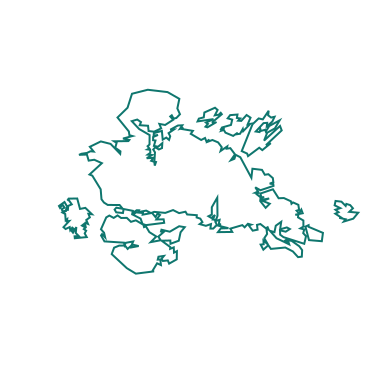 Fjell nor, Hordaland, Norway (Robinson projection), rotated 146°
{"feature_id": "86288312B65460294234921", "entity_name": "Fjell nor", "entity_type": "district", "adm_level": 2, "iso_a3": "NOR", "parent_name": "Norway", "parent_adm1": "Hordaland", "projection": "robinson", "projection_center": [5.057, 60.356], "detail": "fine", "context": "isolated", "style": "outline", "palette": "teal", "viewbox_px": 384, "rotation_deg": 146, "n_neighbors": 0, "source": "geoboundaries", "source_scale": "gbopen_adm2", "svg_char_len": 6096}
<svg xmlns="http://www.w3.org/2000/svg" viewBox="0 0 384 384"><g transform="rotate(146 192 192)"><path d="M267.2,263.8L265.5,261.3L266.2,245.3L271.1,236.6L270.9,232.5L269.1,228.4L259.3,221.7L258.8,216.8L263.5,221.3L266.0,220.7L266.2,217.5L261.0,213.2L258.2,216.1L251.6,209.5L253.3,207.8L248.0,207.8L246.2,206.5L248.0,205.5L240.4,202.2L237.8,197.5L234.5,196.7L225.8,189.6L217.8,187.6L214.5,181.7L208.4,179.3L208.6,176.1L201.0,170.1L202.4,168.3L200.0,165.3L200.2,161.2L203.6,161.1L199.4,156.2L194.2,154.8L197.2,151.4L194.9,149.8L190.0,150.7L188.6,156.3L190.2,157.6L185.8,160.1L190.5,159.7L191.9,162.7L188.2,162.2L184.1,168.3L174.2,173.2L184.2,158.0L188.6,154.7L184.7,153.5L187.7,150.5L186.1,149.0L189.5,149.9L182.0,141.6L188.5,145.7L192.9,144.2L181.0,136.4L180.7,140.2L168.8,136.4L168.1,133.3L163.4,134.4L161.3,131.9L163.6,132.5L163.3,126.0L158.7,124.1L156.5,128.4L153.2,127.2L151.1,120.7L149.0,120.5L149.5,118.0L151.3,119.0L153.2,115.2L157.9,113.3L158.4,106.0L159.9,111.8L161.8,108.6L164.5,110.0L165.1,104.3L158.5,105.2L158.4,100.7L145.7,93.8L141.6,86.3L140.5,78.7L137.1,77.0L133.2,82.2L133.4,87.0L136.7,95.8L139.5,98.3L140.7,94.2L143.4,98.9L141.0,97.2L140.4,99.7L143.8,99.6L147.8,106.4L149.1,116.3L146.1,112.6L141.4,117.2L134.7,117.4L139.8,111.8L133.2,109.6L131.6,106.6L136.5,106.7L140.5,111.0L142.8,107.3L141.4,103.4L127.9,86.3L122.2,91.6L122.8,95.7L119.9,98.2L122.5,101.2L119.0,101.0L115.6,106.1L118.3,111.7L116.6,113.7L119.1,115.4L112.1,112.5L111.2,116.3L115.2,114.4L115.7,118.0L113.2,117.3L111.0,121.9L114.1,126.9L116.1,126.6L115.2,129.0L119.2,135.6L123.7,138.4L123.4,149.0L136.2,152.5L137.4,148.8L135.0,147.4L137.7,148.3L138.1,146.3L131.6,143.5L138.4,145.1L134.1,138.8L139.8,137.7L140.5,146.4L138.1,149.2L139.6,153.9L137.9,154.1L140.1,156.0L137.0,155.5L136.9,160.5L134.3,155.2L121.0,151.5L120.2,153.1L122.9,155.5L119.1,154.6L117.2,158.3L118.7,164.0L122.0,165.6L121.6,171.2L128.9,177.5L134.8,170.6L132.5,193.8L135.0,198.4L138.3,195.8L142.1,196.6L135.3,199.2L135.7,206.9L139.0,208.5L137.3,210.1L145.4,210.0L142.3,212.5L142.6,218.5L146.0,223.7L150.6,224.8L148.3,225.8L151.8,225.7L151.0,229.5L155.3,230.0L160.5,240.9L157.1,242.2L165.2,249.9L163.2,250.1L166.7,251.1L162.7,252.7L166.5,255.0L175.2,255.8L172.1,253.9L178.5,253.9L178.9,250.4L181.9,248.0L182.9,251.5L187.0,251.8L182.8,259.5L190.7,262.1L192.3,260.2L188.3,258.3L193.5,259.3L195.3,256.7L193.5,255.1L197.8,251.5L194.8,248.5L189.3,249.1L192.3,245.2L195.7,245.8L197.4,249.6L200.4,248.9L200.5,245.6L206.3,238.1L205.1,237.0L208.1,234.7L206.4,238.1L208.4,240.7L204.8,241.9L210.7,245.3L204.6,245.1L207.8,247.7L204.6,247.8L203.1,250.4L205.1,252.2L203.0,252.0L203.2,254.8L200.7,255.1L195.3,262.9L200.6,273.8L202.3,284.4L196.9,282.7L195.2,278.5L198.0,276.6L191.4,271.5L193.9,266.8L189.7,263.2L182.0,262.0L181.0,266.7L176.8,262.6L167.2,262.4L167.8,266.8L165.9,266.9L166.2,263.2L163.6,262.1L158.5,263.2L157.4,269.5L150.4,276.3L156.4,288.5L171.5,301.5L186.8,307.0L198.3,297.9L212.1,295.4L210.5,277.5L212.1,274.1L210.1,271.7L219.3,274.9L214.9,270.2L216.3,269.8L228.2,277.6L227.0,274.9L230.9,271.6L228.6,265.7L230.2,263.8L232.6,277.4L239.3,284.9L251.4,286.6L250.9,280.5L253.5,282.6L257.2,283.1L262.2,285.5L264.9,286.0L258.2,281.8L260.1,275.8L255.0,273.4L250.6,266.3L267.2,263.8ZM251.0,145.4L242.3,144.7L237.6,151.4L240.8,151.8L238.1,156.3L241.9,157.1L240.8,158.4L244.4,168.6L237.1,163.9L238.8,161.1L230.2,159.0L224.0,165.0L217.7,166.9L221.8,170.8L232.6,171.5L238.4,177.8L239.8,176.6L237.8,174.7L244.9,173.8L244.9,169.5L254.2,173.5L246.5,175.1L249.8,182.6L249.4,189.2L251.4,189.7L250.6,191.9L254.4,199.9L259.3,201.4L260.5,207.0L265.3,210.1L266.8,214.2L271.4,214.3L273.7,218.7L277.3,218.9L288.3,212.0L287.7,207.4L289.4,203.0L290.1,207.4L291.7,206.8L292.2,200.0L276.7,188.0L277.7,185.6L275.3,186.9L268.4,183.9L271.2,182.1L266.4,177.0L274.5,180.5L272.7,180.2L271.2,181.7L277.2,180.8L277.5,185.1L282.4,188.3L287.7,189.4L293.3,185.4L288.6,165.2L284.2,155.7L267.8,147.4L269.1,148.6L260.8,152.4L258.6,148.8L256.0,153.8L258.2,155.1L256.0,157.1L251.0,154.7L254.7,153.6L254.7,151.1L250.3,148.8L251.0,145.4ZM110.3,187.4L99.4,188.4L104.5,189.5L83.2,192.9L82.1,197.5L103.5,194.3L96.5,199.1L87.7,198.4L79.3,202.4L91.1,203.5L97.0,200.9L96.6,202.7L100.8,204.1L100.2,205.8L102.5,203.9L105.3,206.5L94.2,209.1L91.0,207.3L93.3,204.6L86.0,205.5L81.5,208.2L84.8,209.5L86.0,213.0L83.0,216.5L92.7,212.6L95.6,215.7L104.0,214.3L127.9,198.1L124.8,193.0L125.5,190.4L111.5,191.1L110.3,187.4ZM310.0,236.6L318.2,234.7L317.5,232.0L313.0,231.3L314.3,228.4L311.2,229.4L310.6,227.4L313.6,227.6L313.4,224.8L307.5,227.6L311.3,223.0L310.5,218.7L314.1,220.9L315.0,219.2L304.5,213.5L304.1,217.7L301.4,219.1L302.4,221.7L299.8,222.1L298.7,225.1L300.9,223.5L302.0,225.7L297.7,226.0L296.1,223.7L295.3,227.9L290.9,228.1L290.1,231.8L287.4,229.5L289.3,238.5L294.3,240.6L290.8,250.8L298.0,255.5L300.1,254.6L298.7,254.7L298.6,249.0L302.4,249.7L304.9,246.6L306.4,247.7L303.7,249.5L303.3,255.0L310.1,254.8L310.3,252.6L306.4,253.7L306.4,250.3L309.5,250.6L310.2,248.4L306.3,246.6L310.8,247.3L309.4,244.7L312.6,239.1L310.6,239.3L312.0,237.6L310.0,236.6ZM115.5,213.8L105.7,215.9L108.1,216.9L101.9,220.9L103.7,225.3L111.4,223.4L113.8,225.3L110.9,226.0L113.4,228.3L111.0,230.8L117.4,234.4L121.2,233.1L118.2,229.5L122.2,225.8L131.0,228.7L134.0,227.3L129.2,227.3L133.1,226.3L130.9,225.6L131.1,222.5L126.5,215.5L121.0,215.6L122.7,214.9L119.6,213.4L114.6,215.9L115.5,213.8ZM73.2,79.7L65.8,81.9L72.7,87.6L67.7,88.5L68.2,92.7L70.7,95.8L72.4,94.5L73.5,100.4L78.0,104.3L81.2,101.2L78.1,95.7L83.0,97.1L81.8,93.3L85.3,93.9L82.5,87.2L84.4,88.2L79.9,83.5L82.6,82.6L73.2,79.7ZM232.3,182.0L230.8,185.2L236.8,189.1L231.4,190.8L232.7,193.4L236.3,191.6L236.8,197.0L245.6,200.8L244.4,202.0L249.9,206.5L253.5,205.9L249.5,198.7L250.9,193.2L248.7,190.3L232.3,182.0ZM121.9,86.7L111.9,78.6L106.3,84.9L114.8,97.9L113.9,99.3L117.3,99.9L121.9,86.7ZM143.1,237.0L132.5,236.3L136.2,236.8L135.9,238.5L123.8,239.8L123.9,241.6L126.5,241.1L130.2,242.8L124.9,245.7L125.8,249.0L137.3,251.0L140.5,247.3L145.3,249.0L147.9,247.4L133.4,240.4L141.6,241.7L140.7,239.6L144.3,238.6L143.1,237.0Z" fill="none" stroke="#0f766e" stroke-width="2"/></g></svg>